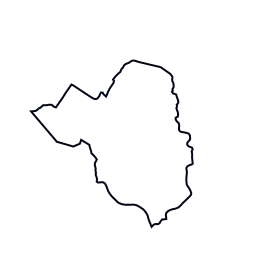 outline of Bequimão, Maranhão, Brazil, rotated 124°
{"feature_id": "56859067B49205705697015", "entity_name": "Bequimão", "entity_type": "district", "adm_level": 2, "iso_a3": "BRA", "parent_name": "Brazil", "parent_adm1": "Maranhão", "projection": "natural_earth1", "projection_center": [-44.779, -2.445], "detail": "fine", "context": "isolated", "style": "outline", "palette": "ink", "viewbox_px": 256, "rotation_deg": 124, "n_neighbors": 0, "source": "geoboundaries", "source_scale": "gbopen_adm2", "svg_char_len": 2773}
<svg xmlns="http://www.w3.org/2000/svg" viewBox="0 0 256 256"><g transform="rotate(124 128 128)"><path d="M196.7,53.1L195.3,53.0L193.9,52.6L192.6,51.9L191.5,50.4L190.7,49.2L189.1,48.6L187.0,48.8L184.7,48.5L183.3,46.7L182.0,45.4L179.8,47.2L178.8,48.1L177.2,48.7L175.4,48.5L174.0,48.1L172.7,47.3L170.7,45.9L168.5,43.7L166.1,42.0L163.9,41.3L161.3,40.8L159.9,40.7L158.3,40.3L154.9,39.6L152.7,39.1L150.7,38.7L148.5,38.4L146.9,38.9L145.5,40.6L144.3,42.5L143.7,43.8L143.0,45.6L142.0,47.7L140.6,48.9L139.4,49.9L137.8,51.0L135.0,52.7L133.2,53.6L131.0,54.9L129.7,56.4L128.3,57.3L126.5,57.3L124.0,56.0L122.7,54.8L121.3,54.4L119.4,56.1L116.3,58.6L114.2,59.9L113.1,60.8L111.8,62.1L109.4,62.5L108.6,63.7L108.8,65.3L109.3,67.6L108.8,69.5L107.6,70.4L105.7,70.5L104.4,70.3L103.0,70.1L101.8,70.7L99.7,72.4L98.7,74.4L99.2,76.3L99.8,78.0L100.4,79.4L101.5,81.7L101.6,83.3L100.8,84.9L99.7,85.6L97.3,86.9L95.6,88.7L95.4,90.3L95.0,91.7L94.3,93.2L92.9,94.2L90.6,93.1L88.2,94.4L86.9,95.7L85.9,97.2L84.5,99.0L82.7,99.4L81.5,100.6L79.8,100.4L78.3,100.8L77.0,102.0L76.1,103.3L74.8,105.0L73.3,106.8L73.7,108.4L74.1,110.1L73.4,111.8L72.0,111.7L70.9,112.9L68.6,113.0L66.6,114.4L65.1,115.9L64.4,117.4L63.1,118.5L60.8,119.7L60.1,121.4L59.5,123.4L59.3,134.8L60.0,136.9L61.3,140.2L67.5,156.7L68.0,158.7L68.5,160.3L69.6,161.9L71.2,162.9L73.4,163.7L76.2,165.7L78.4,166.3L80.4,166.0L82.6,166.3L84.3,166.1L85.6,165.7L87.8,166.3L90.3,166.9L93.1,167.3L96.2,167.5L96.8,166.0L98.4,165.3L101.1,165.2L102.8,165.3L106.0,165.2L107.9,164.9L109.4,164.8L110.9,164.3L114.2,163.8L113.9,165.6L113.7,167.3L112.8,168.9L113.7,170.2L115.5,170.1L117.2,169.7L119.1,169.7L120.6,169.8L122.0,170.8L122.8,172.5L123.0,174.3L123.1,176.2L123.2,183.0L123.3,196.8L123.6,199.2L134.6,199.3L139.7,199.1L151.3,199.3L151.8,201.8L151.4,204.2L153.4,207.1L154.5,208.0L155.5,209.6L156.6,211.1L158.6,211.6L160.1,211.9L161.5,212.9L164.0,213.5L165.3,214.0L167.4,216.3L168.4,217.6L169.3,214.7L169.9,212.4L170.8,209.2L171.5,206.7L175.0,194.3L175.6,191.9L176.4,189.5L176.8,187.7L177.6,184.9L179.2,179.3L173.9,162.9L172.2,161.9L170.9,161.0L167.9,159.1L164.0,160.2L163.6,150.6L165.2,149.0L166.6,147.3L167.8,145.6L169.4,144.2L170.0,140.7L170.8,138.1L171.5,136.3L172.9,136.0L175.2,135.9L177.0,135.0L178.4,133.6L179.7,132.1L181.2,131.4L183.2,129.4L184.9,128.6L186.1,126.9L187.4,125.3L190.0,123.9L190.0,122.3L188.2,120.2L186.9,118.3L186.9,116.0L188.0,113.9L190.4,110.5L191.3,109.3L192.5,106.8L193.2,104.9L193.8,102.8L194.2,100.8L194.5,98.9L194.9,96.8L195.3,95.4L195.2,93.3L194.6,90.6L193.6,88.2L192.5,86.3L191.6,85.1L190.8,83.8L189.5,82.1L188.2,80.1L187.2,77.5L186.9,74.6L186.9,71.9L186.9,69.7L187.7,66.9L188.5,65.0L189.3,63.3L190.2,62.1L191.8,60.3L193.0,58.7L194.1,57.2L194.9,55.8L196.0,54.4L196.7,53.1Z" fill="none" stroke="#020617" stroke-width="2"/></g></svg>